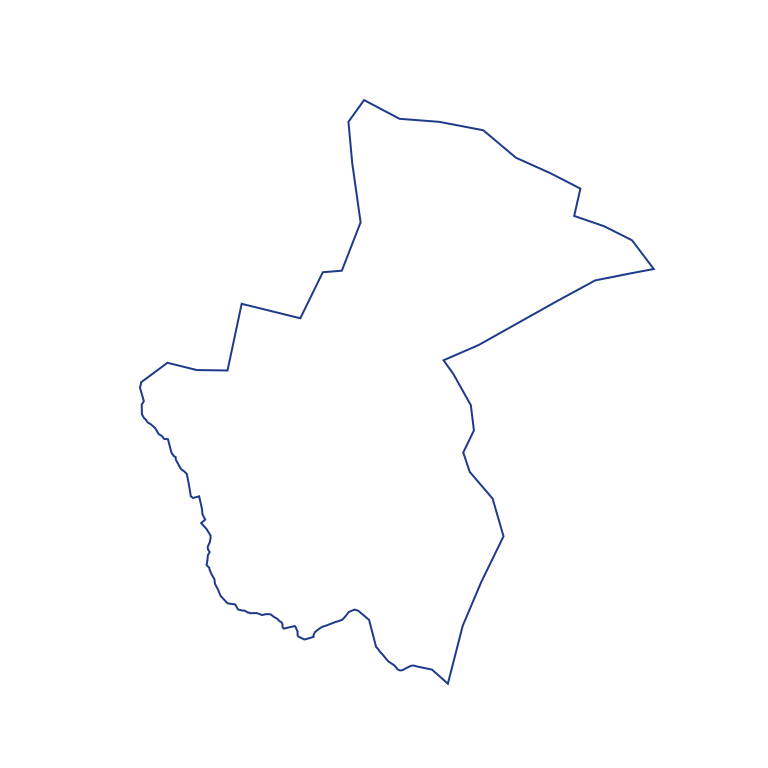 the district of Ablekuma North Municipal, Greater Accra, Ghana, rotated 301°
{"feature_id": "2480657B23952932171735", "entity_name": "Ablekuma North Municipal", "entity_type": "district", "adm_level": 2, "iso_a3": "GHA", "parent_name": "Ghana", "parent_adm1": "Greater Accra", "projection": "orthographic", "projection_center": [-0.267, 5.581], "detail": "fine", "context": "isolated", "style": "outline", "palette": "blue", "viewbox_px": 768, "rotation_deg": 301, "n_neighbors": 0, "source": "geoboundaries", "source_scale": "gbopen_adm2", "svg_char_len": 1990}
<svg xmlns="http://www.w3.org/2000/svg" viewBox="0 0 768 768"><g transform="rotate(301 384 384)"><path d="M257.7,176.1L255.5,176.4L248.0,184.4L245.6,187.0L241.4,187.0L233.4,192.1L231.3,195.6L230.8,198.0L229.4,201.1L229.4,204.6L228.4,210.3L225.0,216.8L225.1,220.1L223.7,223.9L225.4,227.3L215.7,237.1L213.9,241.1L214.1,243.0L211.9,244.5L206.5,253.8L206.2,257.7L205.4,261.2L201.7,264.6L198.2,267.8L188.2,276.3L188.0,279.1L192.5,283.4L183.3,292.2L178.8,295.5L175.7,300.6L170.6,298.9L168.3,306.6L164.6,313.6L161.9,315.0L158.5,316.2L153.7,316.7L151.6,318.3L150.1,321.2L146.6,321.2L142.2,323.3L137.4,325.2L136.5,328.8L134.9,330.3L132.3,333.8L129.4,339.1L125.6,342.1L122.1,347.9L118.3,352.9L115.4,362.8L118.4,370.0L116.0,374.1L115.6,375.3L117.2,380.1L118.0,381.4L118.0,385.3L118.6,386.1L118.6,387.3L122.2,393.0L122.9,397.1L123.1,398.0L123.4,398.8L125.7,401.1L127.4,403.7L128.2,406.0L127.7,408.9L127.7,411.5L127.7,414.1L127.2,415.5L126.9,416.7L127.1,418.4L125.8,420.7L123.3,422.3L122.7,424.0L130.5,432.1L130.4,432.9L127.1,437.7L126.2,438.0L123.9,439.6L123.4,440.3L124.0,447.4L130.9,453.9L132.4,452.9L136.0,452.6L141.3,454.7L144.3,456.3L147.4,459.1L154.2,464.3L158.3,468.0L159.4,468.8L160.5,469.7L165.5,470.7L170.5,471.2L175.5,475.0L176.4,478.8L174.1,492.7L154.6,512.6L153.4,516.5L152.5,518.0L151.6,521.5L148.6,530.0L148.4,531.7L148.1,537.8L147.6,539.3L147.2,540.8L146.5,541.9L146.5,544.5L147.2,546.1L149.3,548.0L150.2,548.3L156.3,552.2L157.6,553.9L158.3,555.5L159.0,558.2L163.9,572.2L160.0,593.1L217.3,576.0L263.9,569.4L315.0,564.9L341.7,536.1L352.8,502.8L366.1,487.2L390.5,485.0L410.5,469.4L428.3,438.3L435.0,422.8L466.1,445.0L543.8,489.4L581.5,511.6L603.8,536.1L621.5,556.0L634.9,522.7L632.6,491.6L626.0,460.5L652.6,451.7L650.4,418.3L645.9,380.6L652.6,338.4L637.1,296.2L619.3,260.7L617.1,220.7L590.4,218.5L557.1,242.9L510.5,280.7L459.4,289.5L448.3,274.0L397.2,278.4L379.4,220.7L315.0,242.9L299.5,216.3L290.6,187.4L260.3,174.9L257.7,176.1Z" fill="none" stroke="#1e3a8a" stroke-width="2"/></g></svg>